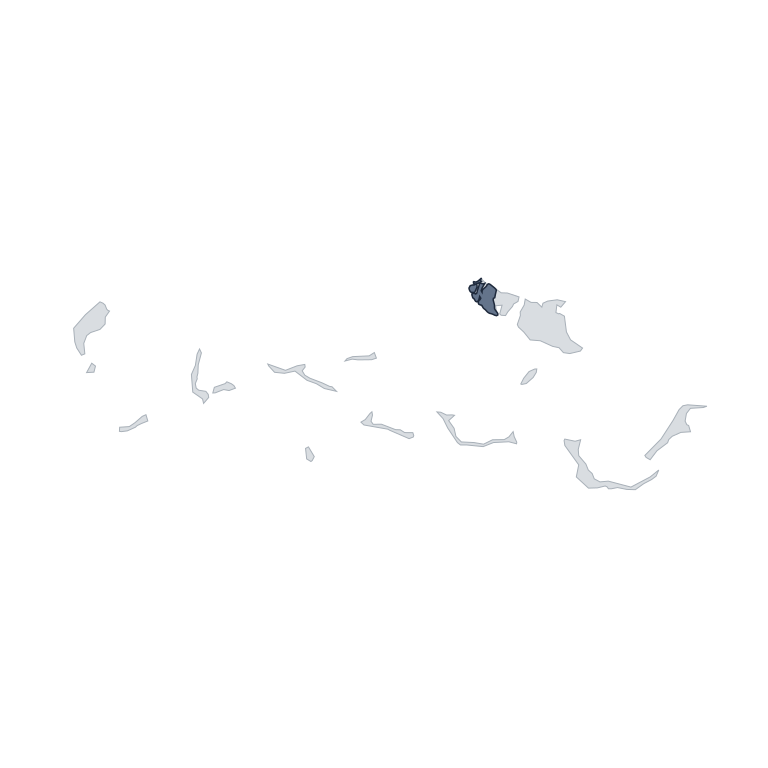 South Andros on a map of The Bahamas (Mercator projection), rotated 140°
{"feature_id": "BHS-5022", "entity_name": "South Andros", "entity_type": "District", "adm_level": 1, "iso_a3": "BHS", "parent_name": "The Bahamas", "parent_adm1": "", "projection": "mercator", "projection_center": [-77.637, 23.971], "detail": "fine", "context": "in_parent", "style": "filled", "palette": "slate", "viewbox_px": 768, "rotation_deg": 140, "n_neighbors": 0, "source": "natural_earth", "source_scale": "10m", "svg_char_len": 4639}
<svg xmlns="http://www.w3.org/2000/svg" viewBox="0 0 768 768"><g transform="rotate(140 384 384)"><path d="M243.7,323.8L243.5,333.8L244.4,341.2L243.6,343.9L235.5,348.8L233.4,351.6L225.8,354.4L221.2,358.3L218.9,352.0L214.4,348.1L213.7,341.4L210.3,343.7L205.3,342.3L197.2,337.2L192.0,330.4L199.2,329.2L200.7,333.5L206.4,328.2L205.1,325.5L204.1,325.1L202.2,320.0L210.8,306.6L212.7,297.9L208.8,283.9L212.4,283.0L222.1,287.9L226.4,292.7L226.6,299.3L230.6,304.4L236.5,316.7L243.7,323.8ZM250.1,361.4L250.3,363.3L242.9,368.5L248.2,372.2L253.3,364.1L257.3,370.7L259.5,382.9L259.2,385.0L259.5,386.8L260.3,389.1L260.5,392.5L256.4,403.2L241.7,402.1L241.3,393.1L239.0,391.4L235.6,378.5L231.0,374.4L224.6,363.9L228.3,361.1L233.3,362.0L235.8,360.8L242.7,359.7L246.9,358.3L250.1,361.4ZM596.2,609.1L593.8,615.0L585.9,626.2L568.2,629.0L548.8,629.5L547.3,626.5L546.9,623.8L548.3,619.6L548.2,617.9L547.4,616.3L554.5,614.4L559.1,609.2L566.5,608.4L575.7,612.0L580.6,612.2L587.9,608.1L593.8,599.4L597.3,600.5L596.2,609.1ZM282.4,224.9L280.9,225.6L274.4,217.3L269.2,214.9L277.3,209.0L280.9,203.9L280.8,192.9L282.8,186.8L282.1,181.6L283.9,176.2L281.5,170.2L274.6,165.4L261.1,146.3L239.8,141.7L228.8,141.5L234.8,138.5L240.4,138.8L249.1,140.7L259.4,141.5L265.7,147.1L271.7,154.6L277.2,157.6L279.4,159.5L279.2,161.7L280.1,163.7L287.2,167.2L294.3,172.8L296.4,189.2L286.8,196.9L285.0,220.6L282.4,224.9ZM187.7,156.1L196.8,158.7L201.6,158.4L204.5,156.7L217.9,157.4L228.8,154.9L230.4,159.3L230.1,161.6L207.1,163.8L186.0,170.3L174.4,174.7L169.0,175.2L164.8,172.9L150.9,159.4L154.6,160.8L164.9,168.4L171.3,167.0L177.2,162.0L178.2,158.2L177.3,156.4L179.9,150.4L187.7,156.1ZM325.5,259.5L337.8,268.8L348.3,272.3L359.7,284.0L364.6,288.1L365.4,291.9L363.5,309.2L361.0,319.5L361.4,328.6L358.7,325.9L356.0,320.0L351.6,316.5L350.1,314.7L358.0,314.4L358.8,305.0L362.6,297.6L362.0,289.9L352.8,281.4L346.4,273.9L336.7,271.5L327.6,264.1L322.3,263.2L315.7,264.5L318.1,260.0L319.7,254.1L320.9,253.0L325.5,259.5ZM460.7,471.9L460.2,474.0L450.7,457.8L438.9,453.8L432.1,449.9L433.5,447.7L438.2,446.7L439.0,441.6L437.0,436.0L430.7,424.7L427.2,417.1L425.6,415.3L425.1,408.9L432.6,418.9L435.6,427.7L440.6,436.3L443.9,451.1L453.4,456.2L460.3,463.3L460.7,471.9ZM508.0,527.0L502.8,529.4L503.9,525.2L514.0,518.1L519.6,511.9L522.7,509.7L523.8,508.0L528.3,505.6L530.5,501.6L529.9,498.3L525.2,492.9L525.3,489.1L526.9,486.4L534.7,485.1L532.6,489.2L535.7,500.7L525.4,515.1L516.5,519.5L508.0,527.0ZM425.7,365.5L426.2,369.6L421.2,368.8L413.8,370.4L411.1,370.5L412.8,367.6L417.9,363.8L418.2,360.1L411.8,354.8L404.5,341.6L401.0,338.5L399.4,333.5L393.2,328.2L394.4,325.3L395.7,324.6L399.9,326.0L409.4,345.0L410.0,346.8L425.7,365.5ZM595.1,509.6L599.8,510.8L602.3,510.7L610.8,513.1L615.9,516.4L617.1,517.8L614.3,520.8L606.5,515.1L599.6,514.4L590.0,514.6L586.1,513.5L588.7,507.5L595.1,509.6ZM519.2,485.8L520.9,487.2L516.1,490.5L505.4,486.4L503.0,486.7L500.8,482.4L500.0,479.3L500.5,476.3L506.9,478.6L510.4,482.8L519.2,485.8ZM273.3,298.6L264.9,300.3L258.9,298.6L257.3,297.3L259.9,295.0L265.6,293.1L274.7,292.9L278.7,295.1L279.2,296.1L273.3,298.6ZM399.1,426.7L396.0,427.2L390.4,425.1L377.3,415.1L371.2,414.3L373.2,408.7L377.9,410.6L388.4,419.2L392.4,423.5L399.1,426.7ZM491.4,376.3L485.5,385.1L482.3,384.4L484.1,373.2L488.2,371.5L489.8,371.6L491.4,376.3ZM604.5,583.9L594.5,587.8L593.5,583.2L598.6,579.5L604.5,583.9Z" fill="#d9dde1" stroke="#a8b0b8" stroke-width="1"/><path d="M243.7,378.9L245.1,379.3L246.3,378.3L248.6,373.5L250.1,371.7L250.9,370.6L251.2,369.0L251.3,366.9L251.5,364.9L252.4,363.7L253.9,364.0L255.0,365.6L255.9,367.7L256.8,369.1L257.7,370.3L258.2,371.5L258.5,373.0L258.6,375.7L259.0,377.4L259.1,378.1L259.0,379.1L258.6,380.6L258.5,381.5L258.8,381.9L259.8,383.5L260.1,384.3L259.8,385.2L259.3,385.9L258.8,386.3L258.5,386.5L257.8,386.9L256.1,386.9L254.7,387.5L254.4,389.6L257.0,387.7L258.6,387.0L260.1,387.3L260.7,388.5L260.2,391.6L260.6,393.0L259.3,395.9L258.4,396.4L256.5,395.8L256.7,396.8L258.1,397.9L258.5,399.1L258.4,400.2L258.0,401.4L257.5,402.5L257.0,403.0L254.7,403.9L252.9,403.1L251.2,401.9L249.4,401.4L250.6,402.9L250.6,403.7L249.9,404.7L249.4,404.7L248.1,403.0L245.9,402.4L241.1,402.5L243.7,401.4L243.3,400.0L244.9,400.0L248.8,401.4L249.3,399.9L250.1,398.8L251.1,398.1L255.1,396.2L256.2,395.3L256.2,394.3L254.9,393.8L253.6,394.6L252.3,395.7L251.1,396.3L246.8,399.1L247.0,399.4L247.3,399.6L245.5,399.4L243.7,396.9L242.2,396.3L247.1,394.5L249.6,393.0L249.9,391.3L248.8,392.4L247.4,392.9L243.4,393.0L242.3,393.2L241.4,393.6L240.6,393.8L239.6,393.6L239.0,392.9L238.6,391.9L237.5,386.4L237.4,384.4L237.8,383.5L240.9,381.2L243.7,378.9Z" fill="#64748b" stroke="#1e293b" stroke-width="1.5"/></g></svg>